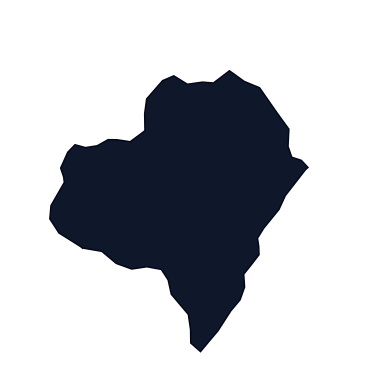 Sävsjö, Jönköping, Sweden (Natural Earth projection), rotated 314°
{"feature_id": "70781695B29308499168486", "entity_name": "Sävsjö", "entity_type": "district", "adm_level": 2, "iso_a3": "SWE", "parent_name": "Sweden", "parent_adm1": "Jönköping", "projection": "natural_earth1", "projection_center": [14.593, 57.347], "detail": "fine", "context": "isolated", "style": "filled", "palette": "ink", "viewbox_px": 384, "rotation_deg": 314, "n_neighbors": 0, "source": "geoboundaries", "source_scale": "gbopen_adm2", "svg_char_len": 902}
<svg xmlns="http://www.w3.org/2000/svg" viewBox="0 0 384 384"><g transform="rotate(314 192 192)"><path d="M131.4,302.9L133.3,302.5L147.8,301.5L160.1,295.9L168.8,286.3L179.7,285.3L193.4,283.8L199.2,277.8L204.3,271.2L215.9,268.7L239.8,266.7L254.3,261.6L286.9,258.1L290.2,258.4L290.7,248.6L286.3,239.6L291.5,229.4L304.5,218.0L307.9,198.7L313.9,168.2L307.8,152.6L305.4,136.0L305.2,134.7L285.3,131.7L278.4,123.3L266.3,113.8L262.9,98.2L251.7,93.5L227.5,94.7L215.4,103.6L203.4,115.6L185.2,112.6L177.5,101.8L171.4,95.3L159.4,91.7L149.9,84.5L144.7,75.0L134.3,75.0L123.6,78.9L118.0,80.9L113.6,89.3L110.2,93.5L84.3,100.0L73.9,108.4L70.1,124.8L75.3,149.6L75.6,152.5L75.9,152.5L86.7,168.4L88.0,187.1L94.7,202.1L106.9,211.5L115.0,223.7L112.2,235.9L104.1,248.1L102.8,260.3L101.4,274.4L92.0,286.6L82.5,296.0L83.1,309.0L94.9,308.1L110.1,307.1L131.4,302.9Z" fill="#0f172a" stroke="#020617" stroke-width="1.5"/></g></svg>